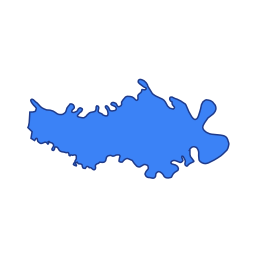 Puerto Santander, Norte de Santander, Colombia (Robinson projection), rotated 109°
{"feature_id": "7082276B36155963658062", "entity_name": "Puerto Santander", "entity_type": "district", "adm_level": 2, "iso_a3": "COL", "parent_name": "Colombia", "parent_adm1": "Norte de Santander", "projection": "robinson", "projection_center": [-72.407, 8.326], "detail": "fine", "context": "isolated", "style": "filled", "palette": "blue", "viewbox_px": 256, "rotation_deg": 109, "n_neighbors": 0, "source": "geoboundaries", "source_scale": "gbopen_adm2", "svg_char_len": 5909}
<svg xmlns="http://www.w3.org/2000/svg" viewBox="0 0 256 256"><g transform="rotate(109 128 128)"><path d="M170.3,212.3L169.9,212.1L168.0,211.7L167.6,211.2L167.5,210.8L167.6,210.5L169.9,209.0L170.5,207.8L171.0,206.1L171.0,205.4L170.5,204.3L168.5,202.0L168.3,201.4L168.3,200.3L169.3,198.6L168.9,198.1L168.4,198.1L167.7,198.3L166.9,199.0L166.6,198.7L166.4,198.2L167.0,197.0L166.9,195.3L167.0,194.7L167.4,193.8L167.9,193.1L168.7,192.7L169.4,192.5L172.5,193.1L173.3,192.8L173.6,192.3L173.6,191.4L173.1,190.9L172.2,190.6L169.9,190.9L169.6,190.5L169.3,189.5L169.3,188.8L169.5,188.1L171.6,185.5L172.0,184.1L172.0,182.6L171.6,180.6L171.5,178.5L170.8,177.0L170.7,176.6L171.0,176.1L171.8,175.4L173.0,174.8L173.2,174.2L173.0,173.6L172.2,173.4L172.0,173.1L171.8,171.3L171.0,170.2L170.8,169.7L170.7,168.6L171.1,168.0L171.5,167.7L173.9,166.9L174.6,166.9L176.0,167.3L177.6,167.2L179.0,167.7L179.8,167.8L180.3,167.7L180.7,166.6L180.7,164.9L180.6,164.6L180.0,164.6L179.3,165.4L178.4,165.9L177.5,165.7L176.8,165.0L177.6,163.9L177.9,163.4L177.8,162.4L177.4,161.2L177.6,159.8L178.0,159.3L179.3,158.6L180.4,157.6L180.5,156.7L180.3,155.9L180.1,155.2L179.8,155.1L179.0,155.0L177.9,154.5L177.5,153.5L177.6,152.6L178.2,151.7L177.8,151.0L177.7,150.0L178.6,147.5L178.6,146.6L178.3,146.1L177.7,145.7L177.0,145.6L176.1,145.7L174.6,146.5L173.6,146.6L172.9,146.3L171.9,145.6L171.0,144.4L169.5,143.6L169.1,141.9L168.7,140.6L168.2,139.7L167.6,139.1L166.2,138.5L162.8,138.8L161.5,138.3L160.9,137.8L160.4,137.2L159.7,135.9L159.5,135.2L159.6,133.7L159.5,133.0L158.7,131.7L157.6,130.6L157.0,129.6L156.6,128.5L156.4,127.5L156.7,126.8L157.4,126.3L158.9,126.3L162.2,125.8L162.6,125.2L162.6,124.5L162.6,123.7L162.1,122.4L161.6,122.1L160.2,121.6L158.5,120.6L157.8,119.9L157.1,118.9L157.0,117.6L157.3,113.4L159.5,110.5L161.2,107.4L161.4,106.3L161.3,105.2L160.9,104.1L157.3,101.0L156.9,99.7L156.9,98.7L157.0,97.5L157.5,96.7L158.9,95.9L159.6,95.6L160.3,95.7L162.7,96.6L163.9,96.9L165.6,97.0L166.4,96.7L167.7,95.3L168.2,93.9L168.2,92.8L167.8,91.3L167.5,88.8L167.2,87.9L167.0,87.3L166.0,86.5L164.8,86.2L162.4,86.7L161.5,86.6L160.1,85.9L159.3,85.0L159.1,83.4L159.6,81.5L160.5,79.8L162.1,77.9L162.4,77.1L162.6,76.2L162.5,75.1L162.1,73.6L161.0,71.7L160.4,71.0L159.9,70.8L158.5,70.7L156.6,70.3L154.8,69.4L151.9,67.1L151.1,67.0L150.1,67.1L148.8,68.0L147.9,69.4L147.5,71.2L147.7,74.8L147.1,76.0L146.7,76.2L146.3,76.2L145.4,75.9L144.7,75.4L144.0,74.6L143.6,73.6L143.4,72.3L143.6,67.7L143.4,67.0L143.0,66.5L141.8,65.7L140.8,65.5L140.2,65.9L138.3,67.6L137.5,67.8L137.0,67.7L136.9,67.1L137.0,66.5L139.5,63.8L140.8,62.9L143.2,62.6L143.8,62.3L144.6,61.6L144.9,60.6L144.9,60.0L144.7,59.7L144.1,59.3L143.0,59.0L141.2,57.7L138.5,55.0L138.0,54.9L137.7,55.1L134.7,59.6L132.9,60.8L128.9,62.2L129.1,62.7L127.8,62.6L126.9,62.3L125.4,61.4L124.7,60.6L124.3,59.8L124.1,59.0L124.1,57.2L124.4,56.4L125.7,54.8L127.3,53.6L128.4,53.1L131.4,52.1L134.7,50.6L135.5,50.0L136.3,48.6L136.8,46.5L136.8,44.6L136.4,43.1L135.8,42.0L134.8,40.6L130.3,36.2L127.1,33.5L123.9,31.1L121.5,29.7L116.7,27.3L114.6,27.0L112.4,27.1L110.3,27.4L109.5,27.8L106.4,30.1L105.1,31.5L104.7,32.2L104.2,34.0L104.2,35.6L104.6,38.3L106.6,46.7L106.9,48.9L106.6,52.4L105.6,55.1L104.6,56.5L103.3,57.5L101.3,57.8L98.2,57.3L92.5,55.7L87.2,52.2L85.6,51.5L83.6,51.0L81.9,51.0L81.0,51.2L79.6,51.8L78.1,52.9L75.9,56.4L75.5,57.9L75.3,59.2L75.5,61.3L75.9,63.2L76.6,64.1L78.8,65.6L81.9,66.1L86.0,65.6L89.1,65.4L94.1,65.3L96.4,65.7L97.1,66.1L98.0,67.1L98.2,67.9L97.9,69.3L96.6,71.5L92.9,75.7L87.3,80.8L86.7,81.6L85.3,86.9L84.8,90.7L84.8,93.2L84.4,96.5L85.1,98.0L85.7,98.2L86.1,98.2L87.1,98.0L87.8,97.5L88.6,96.6L89.0,94.9L90.8,94.1L91.5,93.6L93.2,90.8L94.2,90.7L95.4,91.4L95.6,95.0L94.4,97.7L91.3,101.1L90.7,102.0L90.0,103.2L89.5,104.9L88.8,111.6L88.5,113.3L87.6,116.1L82.1,122.8L80.7,123.8L79.3,125.6L78.2,128.0L77.9,129.9L77.9,131.3L78.0,132.0L78.5,133.0L79.4,133.6L80.5,133.6L81.6,133.0L82.5,131.2L84.0,126.5L84.3,124.0L84.8,123.6L85.6,123.7L86.2,124.2L86.5,124.6L87.0,127.2L87.5,127.4L89.1,127.1L90.4,127.5L92.0,128.5L93.3,129.1L94.2,129.2L96.7,128.2L97.5,128.0L98.2,128.1L99.0,128.7L99.0,129.7L97.7,132.4L97.3,134.3L97.5,136.1L97.8,137.3L98.3,139.0L98.9,139.8L99.6,140.5L103.1,141.9L104.8,142.3L105.6,142.5L107.8,141.7L109.1,141.9L110.4,142.9L110.8,143.6L111.0,144.4L110.6,145.3L109.5,146.3L108.7,147.4L108.6,148.0L108.5,149.8L108.8,150.7L109.1,151.2L109.7,151.7L110.5,151.9L111.0,151.9L111.3,151.5L111.6,150.7L111.7,149.1L112.0,146.9L112.4,146.3L113.4,145.4L114.4,145.2L115.6,145.9L117.1,148.6L117.3,149.6L117.2,150.7L116.6,151.5L115.1,152.9L114.1,154.6L114.1,155.9L114.4,156.1L114.9,156.4L115.5,156.2L116.1,155.8L117.2,154.1L118.1,153.1L120.6,151.6L122.3,151.3L123.0,151.5L123.6,152.3L123.9,153.2L123.9,155.6L123.1,157.4L122.9,160.1L122.6,160.8L121.8,161.7L118.4,162.2L117.4,162.9L117.1,163.5L117.1,164.2L117.2,164.7L117.8,164.9L118.5,165.0L120.4,164.4L121.6,164.3L122.8,164.6L123.7,165.5L125.4,168.4L126.3,169.4L128.8,170.8L130.5,171.4L132.7,173.0L133.2,174.6L133.6,177.5L133.6,179.0L133.2,179.7L132.9,179.8L132.1,179.8L128.9,178.4L127.6,177.4L126.4,177.2L125.5,177.1L124.8,177.5L124.6,177.9L124.4,179.4L124.9,180.4L126.2,181.2L128.3,181.5L129.2,182.2L130.8,184.0L131.1,184.6L131.2,185.7L131.1,186.2L130.8,186.5L130.2,186.7L129.2,186.6L127.3,185.6L126.6,185.4L125.7,185.6L124.6,186.4L123.9,187.3L123.6,188.9L123.8,189.9L124.2,190.6L124.5,190.8L125.6,191.0L126.7,191.5L129.0,192.2L132.7,192.1L133.9,192.4L135.4,193.4L136.0,193.9L136.7,194.8L137.2,196.0L137.7,197.8L137.6,199.7L137.0,201.6L136.4,204.4L136.5,207.4L137.4,210.9L137.3,213.3L137.0,215.6L136.3,217.7L134.0,221.9L133.4,223.8L132.1,226.7L132.0,227.9L132.1,228.3L132.6,228.8L133.1,229.0L133.7,228.9L134.7,228.1L135.7,226.9L137.2,224.6L137.8,223.3L138.9,221.4L139.4,221.1L140.0,221.0L142.1,221.0L142.7,221.4L143.8,223.1L144.9,226.0L154.9,223.2L158.3,222.7L160.2,222.8L162.7,217.5L169.3,216.4L170.3,212.3Z" fill="#3b82f6" stroke="#1e3a8a" stroke-width="1.5"/></g></svg>